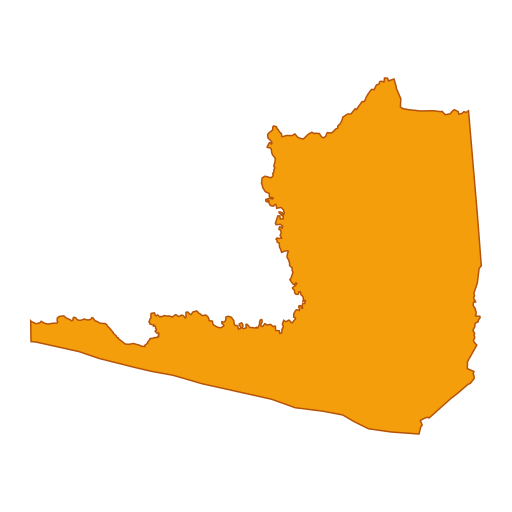 Jomoro, Western, Ghana (Robinson projection)
{"feature_id": "2480657B70421803893954", "entity_name": "Jomoro", "entity_type": "district", "adm_level": 2, "iso_a3": "GHA", "parent_name": "Ghana", "parent_adm1": "Western", "projection": "robinson", "projection_center": [-2.777, 5.196], "detail": "fine", "context": "isolated", "style": "filled", "palette": "amber", "viewbox_px": 512, "rotation_deg": 0, "n_neighbors": 0, "source": "geoboundaries", "source_scale": "gbopen_adm2", "svg_char_len": 6076}
<svg xmlns="http://www.w3.org/2000/svg" viewBox="0 0 512 512"><path d="M308.7,133.9L303.3,139.0L300.0,138.3L297.4,137.0L294.9,133.9L292.2,135.6L286.4,135.5L282.6,136.7L281.8,136.4L281.5,134.1L281.0,133.2L279.3,131.8L278.3,129.7L277.2,128.9L276.4,126.7L273.5,126.0L272.9,126.8L272.6,129.9L268.5,133.3L267.6,134.5L268.0,138.0L271.1,141.1L272.0,142.8L271.4,144.0L270.1,142.8L269.4,142.7L267.1,147.0L267.2,147.4L270.2,147.9L271.1,148.6L271.9,153.3L272.6,154.9L275.2,158.2L275.1,161.2L273.8,166.2L274.9,167.8L273.9,169.6L273.8,171.9L272.7,173.6L273.1,175.4L272.7,176.4L270.9,177.8L265.5,176.3L264.4,176.4L262.1,178.1L261.5,183.7L262.2,184.6L262.6,187.3L264.8,191.0L265.8,192.0L268.9,193.2L269.3,194.0L269.3,196.5L270.2,197.4L272.9,197.7L273.1,198.3L272.4,199.0L269.5,198.2L265.8,199.5L265.6,200.2L266.1,201.5L267.2,201.9L268.2,200.1L268.7,200.6L269.0,203.1L270.4,205.6L273.3,206.2L275.2,204.4L275.6,204.4L276.3,205.7L276.7,208.3L280.4,207.5L281.4,207.7L283.4,209.8L284.3,213.4L283.1,215.5L283.2,214.0L282.2,212.7L279.9,211.9L279.0,212.0L279.0,212.6L283.1,216.5L283.3,218.8L280.3,219.0L279.8,215.9L277.8,215.9L275.4,223.5L276.1,224.7L280.3,224.3L282.8,226.2L281.9,228.3L281.4,227.9L281.0,227.1L279.7,226.8L278.9,228.9L279.2,229.6L280.4,229.9L281.1,232.2L281.0,233.4L280.1,235.5L281.7,238.0L279.0,238.5L277.0,237.9L276.1,239.2L276.9,239.9L277.1,242.1L279.3,243.2L279.5,247.3L280.4,248.6L281.6,252.4L284.7,251.1L287.6,250.8L288.3,251.2L287.4,253.9L287.0,257.3L288.6,259.9L289.6,263.2L289.6,265.6L292.3,268.1L292.0,269.8L292.9,272.5L291.0,278.2L289.8,279.6L291.7,282.5L293.3,284.3L295.0,284.5L295.8,282.9L296.8,283.4L295.8,285.1L292.5,287.7L292.7,288.7L294.4,290.2L294.7,292.8L295.3,293.8L296.3,294.3L298.1,294.4L298.6,293.6L298.7,292.1L300.2,291.8L300.6,292.5L300.9,294.7L302.4,296.0L303.3,297.6L303.3,299.6L302.9,301.3L304.9,300.3L305.4,300.6L304.6,303.6L303.1,303.3L302.6,303.8L302.3,305.0L302.5,308.3L301.8,308.2L301.0,306.1L300.2,305.6L299.0,305.8L298.7,307.0L299.6,309.0L299.4,310.5L296.9,309.7L295.6,310.4L293.9,313.6L293.7,314.9L293.8,317.3L295.4,317.9L295.7,318.5L292.2,322.8L291.1,322.5L289.4,320.3L288.6,320.1L287.3,321.1L285.5,321.6L283.7,320.3L282.4,324.1L283.4,326.6L281.9,329.7L281.9,331.8L281.5,333.1L279.7,333.4L279.4,330.8L276.0,330.5L275.5,329.5L275.5,326.5L275.1,326.0L273.1,326.6L270.6,324.4L266.6,325.0L265.4,323.8L264.7,323.7L262.9,326.3L261.4,326.4L261.0,325.9L260.8,324.6L261.9,322.6L262.2,321.3L261.8,319.7L261.2,319.5L260.2,320.2L259.6,321.7L259.5,324.4L257.7,328.0L257.1,328.1L256.4,327.3L254.9,328.1L253.1,327.6L250.0,327.5L247.2,324.4L246.6,324.3L245.9,324.5L246.2,327.9L243.7,328.6L242.2,328.0L242.9,326.3L242.9,325.0L242.0,323.3L241.4,322.8L239.2,324.1L239.1,324.8L240.6,327.1L240.7,327.8L240.0,328.7L238.5,329.1L237.6,326.0L236.9,325.5L235.3,325.5L234.3,324.6L233.8,320.7L231.6,317.6L230.8,317.0L228.1,316.3L226.0,316.9L225.6,320.3L224.9,321.4L223.8,322.1L221.9,321.8L221.8,323.3L223.5,324.8L223.8,325.9L221.4,327.6L219.3,327.7L216.8,326.9L213.7,325.0L212.8,323.8L212.4,321.1L209.3,320.7L208.5,318.0L207.7,316.6L205.8,315.0L202.6,315.6L201.6,315.2L200.1,313.8L198.3,312.9L197.4,311.4L196.2,311.0L192.9,312.0L191.1,314.5L190.1,314.4L187.9,312.1L186.4,312.1L185.9,312.8L186.1,316.3L185.6,317.9L185.0,317.7L183.7,316.1L182.6,315.3L181.5,315.1L179.7,316.2L178.2,316.5L176.5,315.0L175.4,314.7L172.3,317.1L169.2,315.9L167.4,316.1L164.2,315.6L161.6,316.8L160.6,316.5L159.6,316.8L157.7,315.0L156.0,315.8L155.5,315.6L154.5,313.0L153.9,312.7L152.6,313.3L151.3,313.3L150.9,313.9L150.9,316.2L151.3,317.1L150.1,318.9L149.0,322.1L149.5,322.3L150.0,324.0L153.4,325.1L153.7,325.6L155.1,325.0L154.2,326.0L154.7,325.9L155.6,327.1L155.6,328.5L156.4,329.3L156.3,330.3L155.4,330.7L155.3,331.6L156.9,333.1L158.2,333.1L158.2,333.6L158.8,333.5L158.7,336.3L158.0,336.2L157.8,337.3L157.1,337.1L156.4,337.6L154.4,337.6L152.6,338.3L150.1,338.5L149.2,340.2L147.5,342.4L147.6,343.2L144.9,345.2L144.7,346.6L141.4,346.1L138.9,345.0L133.3,343.5L128.8,344.3L125.4,344.1L119.3,339.4L118.4,338.6L118.4,338.0L116.9,337.3L116.4,336.1L113.5,333.5L113.3,332.6L109.2,327.7L107.9,326.7L106.8,324.8L105.3,323.6L100.0,323.2L97.4,321.6L94.9,320.7L93.1,318.0L91.9,317.7L90.5,319.5L88.8,319.9L87.0,319.9L84.2,319.0L81.3,320.2L78.5,320.3L76.7,319.1L75.5,317.7L74.0,317.2L73.1,318.0L73.1,319.5L72.3,320.6L71.5,320.8L70.3,319.8L66.0,317.9L64.1,316.1L63.2,315.9L59.3,316.4L57.3,318.0L57.1,320.5L57.7,322.3L56.8,323.1L53.2,323.2L47.8,324.1L44.0,323.0L41.2,321.3L39.7,322.9L36.0,323.7L31.5,321.6L30.7,320.8L31.0,341.6L35.8,342.0L78.9,351.6L99.2,358.5L133.4,367.1L150.7,371.2L173.1,375.3L201.9,383.7L271.4,399.2L295.1,407.7L322.2,411.1L342.8,415.0L354.2,421.7L368.6,428.8L391.2,432.0L419.0,434.0L420.8,426.8L422.2,425.0L420.3,420.4L425.4,417.8L427.3,417.3L429.2,417.9L450.6,398.7L457.5,393.4L468.0,384.3L470.2,383.5L474.1,378.6L474.1,376.2L473.2,373.9L473.9,371.5L467.3,368.6L467.5,362.5L467.3,362.0L476.8,345.1L474.2,342.2L473.5,340.7L473.7,339.7L474.7,338.0L474.6,336.7L473.9,335.0L474.7,333.5L472.9,330.4L474.7,327.0L475.1,323.8L475.7,323.0L478.2,321.7L478.2,320.4L479.9,318.0L480.1,317.1L479.8,316.3L476.0,316.1L475.5,315.5L476.0,314.4L476.2,312.0L475.3,310.1L475.4,308.9L473.3,305.7L473.2,303.9L473.6,302.1L475.6,302.0L475.1,300.4L474.3,300.1L473.6,297.4L474.6,295.9L473.8,293.4L477.3,283.1L479.1,268.4L481.3,265.8L477.3,213.7L468.5,110.8L466.0,112.5L464.0,111.6L461.7,113.6L458.8,114.1L458.2,111.6L454.3,109.7L452.6,110.9L450.2,113.8L445.2,114.7L442.0,111.3L441.0,111.7L433.3,110.7L420.6,111.0L407.7,109.6L405.4,108.9L404.1,109.1L400.4,107.1L400.8,98.8L396.3,88.2L396.1,86.2L394.0,79.0L388.5,80.9L387.5,78.2L384.8,78.0L384.5,78.0L384.0,81.9L380.9,81.2L379.7,81.8L378.9,84.2L376.8,84.8L376.2,85.4L374.2,89.6L371.5,89.4L368.4,93.5L366.5,96.6L364.4,101.6L362.1,101.5L356.3,109.6L355.1,108.8L350.9,114.0L347.5,114.0L342.8,117.2L342.0,120.4L340.0,124.0L337.9,125.8L337.7,128.0L337.1,128.5L336.1,128.7L331.7,133.0L327.4,132.7L326.9,133.1L325.8,136.1L324.0,137.6L322.6,137.7L321.2,136.4L319.4,133.6L315.5,133.2L314.5,133.6L311.8,132.3L308.7,133.9Z" fill="#f59e0b" stroke="#b45309" stroke-width="1.5"/></svg>